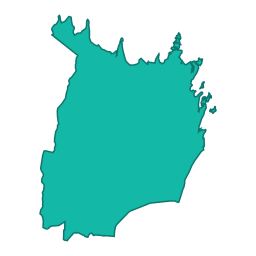 outline of Kandieng, Pouthisat, Cambodia
{"feature_id": "14789045B76302811248791", "entity_name": "Kandieng", "entity_type": "district", "adm_level": 2, "iso_a3": "KHM", "parent_name": "Cambodia", "parent_adm1": "Pouthisat", "projection": "robinson", "projection_center": [104.048, 12.697], "detail": "fine", "context": "isolated", "style": "filled", "palette": "teal", "viewbox_px": 256, "rotation_deg": 0, "n_neighbors": 0, "source": "geoboundaries", "source_scale": "gbopen_adm2", "svg_char_len": 5684}
<svg xmlns="http://www.w3.org/2000/svg" viewBox="0 0 256 256"><path d="M40.0,213.8L41.6,215.2L42.5,216.7L43.1,219.3L43.3,221.6L43.0,227.5L45.7,228.8L47.5,228.9L48.6,228.3L50.3,226.5L52.2,226.0L58.8,225.5L64.9,221.7L64.7,230.0L63.9,230.0L63.8,230.6L63.5,239.4L64.4,240.1L67.5,240.6L67.9,239.6L72.2,234.7L74.2,232.8L75.1,232.4L75.9,233.1L77.5,232.8L78.8,233.0L82.8,235.0L84.1,235.4L84.8,236.4L87.8,237.3L88.9,234.8L90.2,233.5L91.7,233.2L92.4,234.2L93.1,234.7L93.2,235.2L94.0,235.5L94.8,234.9L100.3,235.3L104.2,236.0L105.0,235.6L114.2,236.4L114.6,230.8L114.9,229.3L115.2,228.9L115.1,227.9L115.5,226.5L116.6,224.7L128.7,212.1L130.6,210.9L150.2,203.1L170.0,201.0L174.7,201.0L178.2,202.4L178.9,202.0L182.9,189.1L183.9,187.0L184.6,183.7L184.8,180.0L189.1,171.9L191.9,165.4L194.6,160.8L201.2,151.6L203.7,149.7L203.0,146.9L204.0,146.7L204.3,145.7L204.0,138.3L203.1,138.7L203.0,137.1L203.7,133.8L205.2,132.0L205.9,130.4L205.6,129.6L203.9,130.3L202.0,129.5L201.2,130.5L200.0,130.9L200.2,130.3L199.6,129.8L200.5,128.6L199.7,128.9L199.0,131.0L198.6,131.6L198.9,127.0L201.7,118.5L203.7,114.7L204.6,111.0L206.2,107.9L205.8,104.5L205.5,104.2L203.4,104.3L202.9,103.8L203.5,103.6L204.7,104.0L205.7,102.7L206.0,101.2L206.5,100.6L207.4,101.7L208.0,101.6L209.3,98.8L209.4,97.4L210.1,94.4L209.0,93.0L208.8,93.4L208.9,94.9L206.9,97.9L206.8,98.8L206.4,99.0L206.5,97.9L205.4,97.0L204.9,98.5L206.2,100.2L204.3,99.4L203.5,99.9L203.1,99.5L201.9,100.8L201.1,102.8L201.5,103.9L201.8,103.4L202.1,103.7L201.5,104.9L202.1,105.5L201.7,105.8L202.3,106.4L203.2,105.4L203.4,106.1L201.5,107.7L199.8,108.1L199.4,108.7L199.4,110.4L199.0,110.7L198.9,111.7L198.2,111.1L198.9,109.4L198.4,104.4L199.3,97.9L199.9,96.2L202.6,93.6L202.6,92.7L201.8,92.0L200.8,92.4L198.0,95.1L197.8,95.9L195.0,97.0L194.1,95.5L194.0,93.9L194.4,92.7L195.8,91.3L195.6,90.8L194.7,91.1L193.6,90.3L192.9,90.2L192.1,91.6L189.9,89.8L190.5,87.1L192.1,85.5L192.2,84.8L191.2,84.1L190.8,82.9L191.4,81.1L191.2,80.3L193.4,78.8L194.1,76.9L196.8,72.8L198.7,68.0L198.0,65.0L196.8,64.7L196.2,64.1L194.0,61.1L193.6,61.6L192.4,61.6L191.8,62.1L191.9,64.1L193.8,66.3L194.0,67.8L193.0,71.8L192.7,71.5L193.2,68.9L193.0,67.2L192.1,69.6L191.9,71.5L191.5,72.0L191.7,69.7L192.4,67.1L192.4,66.1L190.6,63.6L190.8,62.0L190.5,61.7L186.1,64.7L185.3,64.6L184.5,64.1L183.0,62.1L180.5,64.1L181.8,62.5L182.1,60.5L181.1,60.0L180.4,58.5L178.9,57.2L179.4,57.0L180.5,54.2L181.8,53.0L182.0,50.8L181.1,50.2L178.8,50.2L177.2,49.6L173.9,50.1L172.0,51.8L169.8,52.4L168.9,53.1L170.6,53.9L168.7,54.9L167.8,58.7L164.8,60.3L164.3,62.5L161.8,63.8L160.8,62.6L159.9,62.6L158.5,58.7L158.6,56.6L159.1,54.4L158.9,53.8L155.9,58.9L154.8,63.1L149.0,62.2L148.1,62.9L148.0,62.0L147.6,62.7L147.8,64.2L147.2,64.1L144.2,61.6L141.1,58.4L139.5,59.6L139.1,60.1L138.9,62.7L137.3,64.0L133.5,65.1L129.7,65.0L126.4,61.7L125.3,59.5L122.9,50.5L122.1,45.6L122.2,43.9L121.9,43.1L120.9,42.0L120.2,41.8L119.8,42.2L120.0,43.3L118.9,45.3L117.8,48.9L116.8,55.5L116.4,55.9L116.8,50.8L116.4,50.8L113.3,53.4L111.4,53.8L110.9,52.3L110.2,51.9L107.1,51.5L103.8,49.7L101.8,49.2L98.4,44.9L96.9,45.8L96.3,45.6L94.1,44.5L90.9,41.9L89.4,37.9L89.5,30.8L88.7,25.3L89.0,22.1L88.5,20.3L87.9,19.8L87.5,19.5L86.7,21.0L86.5,26.0L85.8,28.5L82.3,30.8L80.9,33.0L77.5,33.2L74.6,35.2L73.1,32.3L73.4,30.6L74.3,28.6L73.9,27.7L74.2,27.1L72.5,25.5L71.7,22.2L71.1,17.2L68.9,16.5L64.9,21.4L61.9,22.7L61.3,21.9L61.1,22.3L60.8,21.8L59.9,16.2L59.3,15.4L58.3,16.5L58.8,19.5L57.7,22.1L56.0,24.3L54.3,25.0L52.1,28.0L51.7,29.7L53.0,32.0L53.4,34.6L53.1,35.0L51.4,34.5L76.8,54.6L77.8,55.0L77.4,56.5L76.6,57.5L75.8,61.5L76.2,62.9L75.5,64.6L75.5,68.0L76.2,70.9L71.9,76.9L69.7,78.8L68.8,80.7L69.5,83.3L69.3,84.4L67.8,86.2L67.5,89.7L66.4,93.0L65.5,98.3L62.3,103.2L57.8,108.3L57.3,110.8L57.5,116.6L58.3,122.3L58.9,124.0L57.6,125.1L57.4,128.4L55.7,131.7L54.6,138.7L54.5,141.8L55.4,142.9L55.5,145.5L54.5,147.9L54.7,150.2L53.1,152.0L53.1,152.6L45.6,150.8L44.1,151.0L42.7,155.5L40.7,168.4L41.2,170.3L43.1,173.6L43.5,175.1L42.0,178.5L41.6,180.5L41.9,182.3L43.9,184.2L44.2,185.9L43.5,190.8L42.8,191.7L42.4,192.9L43.0,195.2L42.4,198.4L42.9,202.9L42.6,203.9L42.8,206.7L40.7,210.1L40.0,213.8ZM179.5,44.1L179.0,43.0L179.5,43.0L179.8,42.4L179.2,41.3L179.5,40.9L179.4,40.2L178.6,38.4L180.3,39.1L180.8,38.1L180.2,36.0L178.6,34.7L176.7,35.6L176.3,36.6L176.2,37.2L178.0,38.1L176.6,38.4L176.7,40.0L174.7,41.6L174.5,42.1L176.8,42.3L177.6,42.9L177.2,43.2L175.8,42.8L175.2,43.2L175.1,42.8L173.6,42.7L173.9,43.7L174.2,43.8L173.9,46.3L174.2,46.8L176.3,47.2L177.4,48.3L178.5,48.8L179.4,47.4L179.5,44.1ZM201.0,60.0L199.0,58.1L198.5,58.6L198.7,59.3L197.9,61.4L195.5,61.4L195.4,61.8L195.6,62.5L197.5,64.1L200.1,65.6L201.5,63.6L202.5,59.5L202.1,59.0L201.5,59.0L201.0,60.0ZM215.4,109.5L215.3,106.7L214.9,106.6L214.0,108.8L213.7,109.2L212.4,109.3L212.0,110.3L211.2,110.6L211.5,109.6L210.6,109.2L209.8,110.5L209.9,111.5L210.5,111.7L211.0,111.1L212.7,113.1L213.3,113.1L214.7,111.4L215.4,111.3L216.0,110.6L216.0,110.0L215.4,109.5ZM176.0,48.0L173.6,47.0L173.0,47.4L172.0,47.2L171.1,48.6L172.3,49.7L172.9,49.8L175.9,48.9L176.2,48.3L176.0,48.0ZM201.2,87.2L202.8,87.9L203.5,87.3L203.1,84.2L204.2,82.2L204.0,81.8L203.1,82.2L202.2,83.2L201.2,87.2ZM122.7,41.5L123.0,40.3L122.8,38.8L122.2,38.1L121.3,38.3L120.4,40.6L121.4,41.4L122.7,41.5ZM203.1,99.5L204.3,98.6L204.9,97.1L204.6,96.8L203.1,97.1L202.5,98.0L202.1,99.0L203.1,99.5ZM209.6,96.7L211.0,98.0L211.3,97.8L211.3,96.0L210.9,95.9L209.6,96.7ZM180.0,34.5L178.8,32.9L178.3,33.6L178.2,34.2L179.8,35.1L180.0,34.5ZM201.2,87.2L200.8,87.1L200.0,88.5L200.6,88.5L201.1,87.9L201.2,87.2ZM176.6,38.4L176.7,37.9L175.6,37.8L175.3,38.4L175.6,38.8L176.6,38.4ZM179.5,44.1L180.2,44.5L180.6,44.5L179.9,43.6L179.5,44.1Z" fill="#14b8a6" stroke="#0f766e" stroke-width="1.5"/></svg>